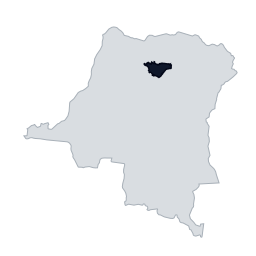 Basoko, Orientale, Democratic Republic of the Congo (highlighted), rotated 6°
{"feature_id": "63176286B83726148102259", "entity_name": "Basoko", "entity_type": "district", "adm_level": 2, "iso_a3": "COD", "parent_name": "Democratic Republic of the Congo", "parent_adm1": "Orientale", "projection": "orthographic", "projection_center": [23.828, 1.677], "detail": "fine", "context": "in_parent", "style": "filled", "palette": "ink", "viewbox_px": 256, "rotation_deg": 6, "n_neighbors": 0, "source": "geoboundaries", "source_scale": "gbopen_adm2", "svg_char_len": 6845}
<svg xmlns="http://www.w3.org/2000/svg" viewBox="0 0 256 256"><g transform="rotate(6 128 128)"><path d="M224.3,173.1L204.4,176.3L204.8,177.4L204.6,178.6L204.1,179.5L202.1,182.0L199.0,184.2L199.0,184.8L200.5,187.3L201.4,190.7L201.1,196.7L201.4,198.3L201.3,199.6L200.3,201.0L198.2,208.2L199.5,211.7L203.3,214.9L205.5,217.3L209.4,218.2L210.0,218.1L210.3,216.0L213.3,215.3L213.0,228.0L212.8,228.8L212.2,228.9L211.5,228.5L211.3,227.3L210.5,226.8L206.8,228.4L205.8,228.3L204.8,228.1L204.0,227.4L203.8,226.4L201.3,222.7L200.0,222.5L198.6,219.1L192.8,216.7L190.5,216.5L189.4,215.8L188.2,213.1L186.3,211.4L185.9,209.5L185.5,209.3L184.3,209.6L183.2,212.6L181.9,213.3L179.4,213.4L173.4,212.6L169.1,211.0L167.9,211.1L166.2,209.7L165.5,207.4L165.9,205.7L165.6,205.4L159.0,206.9L157.4,207.8L155.9,207.6L155.4,207.1L156.1,205.9L155.8,204.5L155.3,203.9L153.3,203.4L152.7,202.0L151.5,201.8L151.1,202.0L150.8,203.0L150.1,203.3L146.2,202.8L142.0,204.1L136.5,203.7L133.9,205.2L133.5,205.2L133.0,204.4L132.4,202.0L132.7,201.3L133.5,200.9L133.8,199.9L133.5,197.3L133.7,196.7L133.4,195.3L132.6,193.0L131.4,191.1L128.9,188.2L128.5,186.9L128.6,183.7L129.4,178.6L129.3,174.8L128.2,172.4L128.0,169.7L128.6,165.0L128.0,163.8L115.4,163.4L114.8,163.0L114.6,162.4L115.1,159.6L107.4,160.3L105.1,160.8L103.7,162.0L103.3,163.4L103.2,165.5L102.1,167.4L101.8,170.8L99.7,171.1L97.6,171.1L93.5,170.4L89.5,171.3L87.6,172.2L86.5,171.8L83.0,172.1L82.5,171.9L78.3,165.3L76.5,163.1L76.1,162.0L76.2,161.0L75.7,159.6L73.8,156.2L73.4,154.6L73.4,152.2L73.2,151.3L71.5,149.2L70.3,148.5L69.1,148.1L48.6,148.3L41.8,147.9L36.9,148.1L34.4,147.9L33.7,147.6L31.5,148.0L30.3,148.9L28.6,149.4L27.5,149.2L25.3,146.7L28.2,146.3L28.4,146.1L28.5,140.2L27.7,139.3L29.2,138.3L31.7,135.7L34.1,134.8L34.4,134.3L34.9,134.3L35.8,135.4L37.9,136.9L40.5,135.6L40.8,135.3L41.1,132.7L41.7,132.5L42.9,133.1L43.5,133.1L44.6,132.4L47.9,131.1L48.9,132.7L48.0,134.2L48.4,135.2L48.5,136.9L49.1,137.2L51.7,137.4L52.5,137.0L57.6,131.2L59.0,130.6L61.2,128.3L64.1,127.2L65.3,125.4L67.0,122.2L67.7,117.5L67.4,109.3L67.6,108.2L71.1,104.6L74.8,97.9L77.2,96.2L79.0,95.5L81.9,93.1L84.2,90.6L83.8,87.7L84.4,85.2L85.6,82.1L86.0,78.8L85.6,75.4L85.8,72.5L87.5,68.0L87.6,62.8L89.2,58.4L92.2,52.9L93.7,48.8L93.4,44.7L93.8,41.7L93.7,40.0L93.1,38.4L93.4,37.5L94.6,37.1L96.0,35.6L98.6,31.6L101.3,29.6L103.3,29.0L105.3,29.1L106.6,29.4L108.7,31.0L111.1,32.3L112.9,33.8L114.6,36.3L118.9,36.8L120.8,37.7L121.9,38.0L122.3,37.8L123.2,37.9L125.2,38.6L126.8,38.2L134.8,39.8L135.7,39.1L137.9,34.9L139.6,33.5L142.3,33.3L144.5,34.1L145.6,34.1L155.4,30.5L156.6,30.3L160.2,31.2L162.5,30.6L163.4,30.8L165.4,30.2L167.0,27.7L168.4,27.1L182.4,29.8L184.6,28.4L185.6,28.3L188.7,29.2L189.7,30.8L191.5,32.1L192.9,34.3L195.0,35.5L196.0,36.6L197.3,37.5L199.8,37.7L203.0,35.8L205.3,36.0L207.6,37.0L208.4,37.0L210.1,35.8L211.0,34.6L211.9,34.3L213.3,34.8L214.4,36.0L215.4,37.7L218.9,41.4L222.3,43.0L223.2,45.3L224.4,45.0L225.0,45.3L225.9,46.7L226.5,47.0L226.6,47.6L225.8,49.0L225.0,51.6L226.0,53.2L225.2,55.5L224.8,58.0L225.9,58.5L227.3,58.5L228.6,59.8L229.6,59.9L230.7,61.3L230.4,62.4L227.1,66.3L222.1,71.2L220.4,71.8L219.5,72.7L218.9,74.1L217.5,75.3L216.3,75.8L216.3,79.2L214.6,82.9L213.9,83.6L213.0,89.5L213.2,90.5L212.2,95.3L212.4,99.7L209.9,101.1L208.3,103.3L207.5,104.9L207.5,108.5L204.8,110.7L204.6,111.2L205.2,113.8L206.2,114.2L206.3,115.1L208.5,117.8L208.3,126.2L208.4,127.1L209.6,129.1L210.3,132.9L209.4,137.7L212.4,146.6L211.0,149.9L211.6,153.0L213.4,156.2L217.6,159.4L218.7,160.7L219.8,162.5L220.8,165.3L224.3,173.1Z" fill="#d9dde1" stroke="#a8b0b8" stroke-width="1"/><path d="M147.3,58.7L147.1,59.1L147.2,59.5L147.3,60.9L147.0,60.9L146.9,61.0L146.7,61.0L146.3,61.0L146.2,60.9L145.9,60.7L145.7,60.6L145.3,60.4L145.1,60.3L145.0,60.2L144.8,60.1L144.7,60.0L144.5,60.4L144.5,60.6L144.5,60.8L144.4,60.9L144.5,61.1L144.6,61.5L144.5,61.9L144.5,62.0L144.4,62.1L144.0,61.9L143.8,61.9L143.6,62.1L143.3,62.1L143.2,62.0L143.0,61.9L142.9,61.8L142.9,61.7L142.7,61.7L142.4,61.5L142.4,61.4L142.2,61.2L141.9,60.9L141.7,60.8L141.6,60.7L141.4,60.7L141.2,60.7L141.1,60.8L141.1,61.0L140.9,61.0L140.7,61.1L140.8,61.3L140.6,61.3L140.4,61.4L140.3,61.5L140.5,61.6L140.5,61.8L140.4,61.8L140.3,62.0L140.2,62.0L140.0,61.9L139.9,61.9L139.9,62.0L139.8,62.3L139.7,62.3L139.5,62.5L139.4,62.5L139.2,62.7L138.9,62.7L138.8,62.8L138.7,62.8L138.5,62.7L138.4,62.6L138.2,62.5L138.0,62.4L137.9,62.4L137.7,62.3L137.6,62.5L137.7,62.8L137.8,62.9L137.9,63.0L138.0,63.2L137.9,63.2L138.1,63.4L138.1,63.5L138.3,63.5L138.5,63.6L138.8,63.8L139.0,63.9L139.2,64.0L139.4,64.0L139.8,64.1L140.6,64.3L140.9,64.4L141.1,64.7L141.3,64.8L141.7,65.1L141.8,65.4L141.9,65.5L142.0,65.7L142.0,65.8L142.2,66.0L142.3,66.0L142.2,66.2L142.3,66.4L142.5,66.5L142.7,66.8L142.8,67.0L143.0,67.3L142.9,67.4L142.9,67.5L142.8,67.8L142.7,68.0L142.4,68.4L143.4,69.9L143.5,70.1L143.3,70.4L143.4,70.5L143.5,70.6L143.8,70.3L144.2,70.2L144.6,70.2L144.9,70.3L145.4,70.6L145.9,71.0L146.3,71.6L146.6,72.0L146.8,72.4L146.9,72.5L146.8,72.9L146.8,73.0L147.1,73.0L147.4,73.0L147.5,73.2L147.7,73.3L147.8,73.4L148.4,73.4L148.5,73.3L148.6,73.1L148.7,72.9L148.6,72.7L148.8,72.8L149.1,72.8L149.3,72.9L149.4,73.0L149.6,73.0L149.8,73.0L150.0,73.1L150.5,73.2L150.8,73.2L150.9,73.3L151.0,73.3L151.4,73.4L151.5,73.5L151.9,73.7L152.0,73.8L152.4,74.0L152.5,74.0L152.8,74.1L153.0,74.2L153.3,74.2L153.5,74.4L153.7,74.2L153.9,74.1L154.1,73.9L154.8,73.3L154.9,73.2L155.2,72.9L155.3,72.6L155.5,72.4L155.5,72.2L155.7,71.8L155.7,71.7L155.8,71.6L156.0,71.5L156.4,70.9L156.7,70.5L156.6,70.4L156.5,70.2L156.3,70.1L156.5,70.0L156.7,69.8L157.2,69.4L157.7,68.9L157.8,68.4L157.9,68.1L158.0,68.0L158.2,67.8L158.6,67.4L158.8,67.0L159.1,66.6L159.3,66.1L159.5,65.9L159.8,65.7L160.0,65.6L160.4,65.4L160.8,65.2L161.7,64.9L162.3,64.8L162.7,64.5L163.1,64.4L163.6,64.4L163.8,64.4L164.4,64.3L164.5,64.2L164.6,63.9L164.4,61.3L164.4,61.2L164.5,60.9L164.4,60.8L164.2,60.7L163.9,60.8L163.8,60.7L163.7,60.6L163.5,60.4L163.4,60.3L163.4,60.2L163.3,60.3L163.2,60.3L163.2,60.2L163.2,60.3L163.1,60.2L163.0,60.3L163.0,60.2L162.9,60.2L162.7,60.3L162.6,60.2L162.5,60.3L162.4,60.2L162.3,60.3L162.2,60.3L162.3,60.2L162.2,60.2L161.9,60.2L161.7,60.3L161.5,60.2L161.4,60.1L161.5,60.1L161.4,60.0L161.1,60.2L159.5,60.1L156.9,60.0L156.7,60.0L156.4,60.2L155.9,60.4L155.7,60.3L155.7,60.2L155.4,60.0L155.2,60.0L154.9,60.2L154.5,60.2L154.3,60.2L154.2,60.2L154.1,60.4L154.1,60.5L153.8,60.6L153.7,60.6L153.2,60.8L152.9,60.8L152.7,60.7L152.5,60.8L152.5,61.0L152.8,61.4L152.5,61.6L152.4,61.5L152.2,61.7L151.9,61.7L151.8,61.8L151.7,61.8L151.6,62.0L151.3,62.2L151.2,62.2L150.9,62.1L150.7,62.0L150.7,61.9L150.6,61.7L150.2,61.6L149.7,61.7L149.4,61.7L149.0,61.4L148.9,61.3L148.8,61.2L148.6,61.1L148.4,61.1L148.1,61.0L147.9,61.0L147.8,60.9L147.5,61.0L147.6,60.8L147.6,60.6L147.6,60.4L147.6,60.0L147.6,59.9L147.4,59.5L147.4,59.4L147.2,58.9L147.3,58.7Z" fill="#0f172a" stroke="#020617" stroke-width="1.5"/></g></svg>